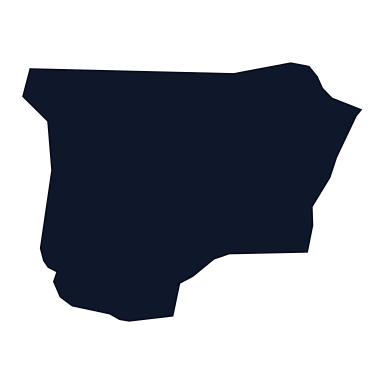 outline of Tržič
{"feature_id": "SVN-1019", "entity_name": "Tržič", "entity_type": "Municipality", "adm_level": 1, "iso_a3": "SVN", "parent_name": "Slovenia", "parent_adm1": "", "projection": "robinson", "projection_center": [14.327, 46.38], "detail": "fine", "context": "isolated", "style": "filled", "palette": "ink", "viewbox_px": 384, "rotation_deg": 0, "n_neighbors": 0, "source": "natural_earth", "source_scale": "10m", "svg_char_len": 527}
<svg xmlns="http://www.w3.org/2000/svg" viewBox="0 0 384 384"><path d="M30.1,69.0L233.6,73.9L290.8,63.1L308.9,66.6L317.0,76.6L322.4,88.5L331.9,98.3L361.0,109.8L356.1,115.8L336.4,157.2L329.8,177.3L311.9,206.7L312.5,225.5L307.2,251.9L229.1,253.6L213.9,258.8L192.8,276.1L179.5,283.2L172.7,315.8L129.2,320.9L119.7,319.3L109.7,313.7L72.2,305.7L60.4,296.9L53.8,281.7L57.2,271.7L48.3,267.2L43.8,260.6L40.6,248.3L52.0,170.4L48.0,121.2L23.0,96.4L29.6,71.3L29.9,70.4L30.1,69.0Z" fill="#0f172a" stroke="#020617" stroke-width="1.5"/></svg>